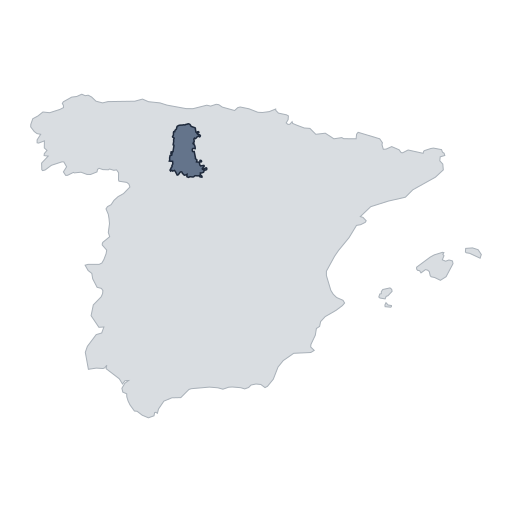 Palencia highlighted on a map of Spain
{"feature_id": "ESP-5839", "entity_name": "Palencia", "entity_type": "Autonomous Community", "adm_level": 1, "iso_a3": "ESP", "parent_name": "Spain", "parent_adm1": "", "projection": "natural_earth1", "projection_center": [-4.405, 42.407], "detail": "fine", "context": "in_parent", "style": "filled", "palette": "slate", "viewbox_px": 512, "rotation_deg": 0, "n_neighbors": 0, "source": "natural_earth", "source_scale": "10m", "svg_char_len": 6404}
<svg xmlns="http://www.w3.org/2000/svg" viewBox="0 0 512 512"><path d="M275.7,109.0L275.8,110.4L278.4,113.1L286.4,114.8L288.4,115.9L288.1,119.7L286.2,122.9L287.9,124.4L289.8,124.3L292.1,121.7L292.6,123.4L296.3,125.0L304.3,128.0L309.9,128.4L315.8,134.3L325.3,133.2L333.9,138.8L341.8,137.6L343.7,138.7L356.1,138.8L356.6,134.2L358.1,132.3L379.7,138.8L382.4,142.7L382.0,144.7L383.3,149.3L386.1,149.1L391.7,146.6L399.1,149.8L401.1,152.6L402.6,152.8L408.1,150.0L423.1,153.3L423.7,151.2L424.7,150.5L430.9,148.5L433.5,148.1L441.5,149.6L442.5,152.2L444.1,153.2L444.8,155.5L440.2,156.8L439.8,160.8L442.8,164.1L443.3,169.9L435.4,177.2L412.8,189.8L405.4,197.2L388.3,201.1L370.7,206.7L360.3,216.6L363.0,217.4L366.2,220.8L365.2,222.4L360.6,224.7L356.5,225.4L349.0,237.7L338.5,250.5L334.6,256.2L326.4,271.2L326.4,275.5L330.8,290.3L333.2,294.2L336.6,297.5L343.0,300.3L344.6,303.0L342.4,305.6L336.1,310.3L325.2,316.6L320.6,321.6L319.6,326.4L316.4,328.5L315.3,335.2L310.9,344.5L310.7,347.0L314.2,350.4L310.8,352.5L293.7,353.3L283.2,360.6L278.0,367.1L273.3,379.2L267.5,386.3L265.0,387.6L260.9,384.5L256.0,384.0L251.1,385.0L248.6,387.5L244.7,388.9L240.8,387.7L232.4,387.0L228.7,387.2L222.9,389.2L217.9,387.8L209.4,387.1L191.2,388.7L188.9,389.5L180.8,397.6L171.9,397.8L163.9,401.1L158.5,409.0L157.4,413.3L155.9,412.3L154.6,412.6L154.0,415.8L148.4,417.8L142.2,415.2L137.1,411.3L134.4,411.0L130.0,404.9L128.1,401.0L126.8,396.8L126.7,393.8L122.8,392.1L121.9,388.3L124.8,383.3L128.6,380.5L125.0,380.7L122.5,384.0L119.3,378.8L106.1,368.7L106.8,365.2L104.6,367.9L103.0,368.5L96.3,368.1L88.4,369.3L85.3,352.3L87.4,346.3L96.2,334.6L101.7,333.0L103.9,327.0L98.9,327.3L91.1,315.7L93.3,304.9L101.2,296.8L102.6,293.6L102.9,290.6L101.4,288.4L97.1,287.3L92.7,278.8L91.8,273.4L88.1,270.5L85.1,265.2L87.9,264.4L99.1,264.4L101.9,263.0L103.9,259.5L106.1,253.7L106.7,250.1L102.3,245.1L102.2,244.0L102.8,242.3L109.7,236.7L108.3,232.5L109.5,223.7L109.0,218.5L108.3,214.3L106.0,208.9L107.5,206.6L111.1,204.7L114.0,200.3L118.1,196.6L123.5,193.6L129.9,187.0L128.9,184.1L126.8,182.4L119.0,181.2L118.5,179.9L118.6,172.8L116.6,169.9L113.8,170.3L109.5,169.0L108.4,169.8L102.9,169.6L99.1,168.3L97.5,169.4L97.0,171.9L90.5,174.5L86.9,174.4L81.0,172.2L74.2,172.9L73.4,172.4L67.6,175.3L65.7,175.4L63.4,171.9L66.6,166.8L63.9,162.0L62.1,161.8L51.4,165.3L45.1,170.0L42.6,170.6L41.8,169.7L41.6,163.1L48.2,156.1L44.1,155.6L44.3,153.6L47.0,150.4L44.3,147.9L44.4,140.9L38.6,143.1L37.1,142.8L37.1,139.9L40.7,134.3L37.0,133.6L34.2,131.5L30.7,126.9L30.8,124.4L32.8,118.7L37.9,116.0L42.9,112.0L49.7,112.7L60.0,109.4L63.5,107.6L63.4,105.3L62.3,103.5L63.3,101.8L71.7,97.1L76.7,96.5L81.8,94.2L85.2,95.7L88.2,95.2L91.6,97.0L96.0,101.2L102.6,102.9L107.9,101.6L134.8,101.2L142.5,99.1L148.5,101.7L160.0,102.9L166.9,105.1L186.0,108.6L192.9,108.7L206.8,105.2L210.6,106.1L216.2,104.3L218.8,104.7L222.3,107.1L234.6,110.5L237.8,107.6L240.2,107.0L249.0,108.8L257.9,112.3L262.5,112.5L269.3,111.6L275.7,109.0ZM442.3,259.8L445.6,261.2L448.9,260.0L450.7,260.4L452.5,261.0L453.0,263.7L446.1,276.7L440.4,280.3L434.6,277.5L431.2,276.8L430.2,275.7L429.3,271.6L427.7,270.2L425.5,269.6L421.0,272.9L419.6,270.7L417.5,270.3L416.6,269.0L416.6,267.2L430.2,257.1L434.2,254.9L442.6,252.3L443.9,252.7L442.8,254.2L444.0,255.7L442.3,259.8ZM481.3,254.5L480.1,258.2L469.6,253.3L466.3,252.8L465.4,252.0L465.7,248.4L472.5,247.9L478.1,249.7L481.3,254.5ZM386.2,296.3L385.1,298.9L379.9,298.0L378.8,297.0L379.8,294.0L381.3,293.7L381.3,291.6L382.8,289.5L390.0,287.9L391.7,289.3L392.1,291.3L387.9,295.8L386.2,296.3ZM391.4,306.7L390.7,307.2L385.1,306.7L384.9,305.0L386.0,302.7L388.1,305.0L391.4,305.5L391.4,306.7Z" fill="#d9dde1" stroke="#a8b0b8" stroke-width="1"/><path d="M200.4,135.8L200.1,136.5L199.8,136.8L199.6,136.9L199.4,136.8L198.9,136.4L198.4,136.2L198.0,136.4L197.1,136.9L196.0,138.2L195.2,138.7L194.7,138.5L194.5,138.3L194.4,138.2L193.9,139.0L193.8,139.4L194.1,140.3L194.2,141.8L193.5,142.3L193.9,143.5L193.2,143.8L193.4,144.0L193.4,143.9L194.1,144.6L194.6,145.2L195.1,147.0L195.2,148.6L193.3,148.4L192.8,148.5L192.5,148.8L192.3,149.3L192.3,150.6L192.5,151.3L192.8,151.6L194.2,151.5L195.5,158.0L195.4,158.6L197.0,160.0L196.5,161.9L199.3,162.2L199.8,165.0L200.5,165.7L200.6,165.9L203.7,165.4L204.0,165.5L204.2,165.9L204.2,166.2L202.3,168.5L202.5,169.3L203.1,169.3L206.1,167.8L206.5,167.9L206.7,168.2L206.8,168.6L206.8,169.1L206.6,169.6L206.1,169.9L204.1,170.4L203.9,170.6L203.9,171.5L203.8,171.8L203.6,172.1L203.4,172.3L201.5,173.0L200.4,172.9L200.3,174.6L202.0,176.3L201.9,177.2L200.0,176.9L199.2,175.6L198.3,175.9L195.3,175.7L194.8,175.8L193.7,176.8L193.0,177.0L190.1,176.7L189.6,176.8L188.9,177.3L188.6,177.4L188.0,177.2L186.9,176.7L187.0,174.3L186.0,174.9L184.3,175.2L182.3,173.2L182.1,172.3L181.9,172.1L181.4,171.8L181.2,171.8L180.9,171.8L180.3,172.1L179.8,172.6L179.1,173.7L178.2,174.8L177.2,175.1L175.5,171.8L174.5,170.4L172.6,171.1L171.8,170.3L170.6,171.1L170.0,170.1L171.1,168.1L171.3,167.4L171.6,167.1L171.8,166.9L172.0,166.8L172.1,166.4L171.9,165.6L172.0,165.3L172.6,164.5L172.7,164.1L172.8,163.7L172.6,161.3L169.3,161.1L169.7,159.8L169.6,157.9L170.1,155.5L171.7,155.2L172.1,153.1L170.9,153.5L171.1,151.9L173.1,151.6L173.1,150.8L173.9,146.0L173.9,145.2L173.1,144.8L173.7,141.6L173.6,139.7L173.8,139.0L174.1,138.5L174.2,138.2L174.0,137.9L172.9,137.3L172.6,137.0L172.5,136.7L172.6,136.4L173.2,135.5L173.4,135.1L173.5,132.2L173.7,131.7L173.9,131.6L174.7,131.7L175.0,130.4L175.3,130.0L176.1,129.4L176.4,129.0L176.9,126.9L177.2,126.3L178.2,125.7L179.3,125.2L180.0,125.3L180.5,125.1L182.2,125.1L183.4,124.8L184.6,124.9L185.0,124.9L186.1,124.3L186.6,124.3L187.0,124.3L187.4,124.1L188.0,123.8L188.5,123.8L188.9,123.9L189.7,124.3L190.0,124.5L190.7,125.5L190.8,125.9L191.0,126.2L191.5,126.5L194.8,127.7L195.3,128.0L195.4,128.3L195.4,128.6L195.4,128.8L195.4,129.4L195.6,130.0L195.6,130.3L195.7,130.6L195.7,130.9L195.8,131.2L195.8,131.5L195.8,131.8L195.9,132.1L196.1,132.3L196.4,132.4L196.6,132.5L196.7,132.4L197.2,132.0L197.5,131.8L198.3,131.6L198.6,131.8L198.8,132.0L198.9,132.3L198.8,132.6L198.6,132.8L198.3,132.9L198.0,132.9L197.4,133.1L197.1,133.2L197.0,133.5L197.4,134.0L198.0,134.5L198.4,134.6L199.3,134.7L199.6,134.8L199.9,135.0L200.1,135.2L200.4,135.8ZM200.5,160.3L200.9,160.4L201.3,160.6L201.5,161.0L201.6,161.5L201.4,161.8L200.8,162.0L200.2,161.8L200.1,161.6L199.9,161.1L199.9,160.9L199.9,160.7L200.1,160.5L200.2,160.3L200.5,160.3Z" fill="#64748b" stroke="#1e293b" stroke-width="1.5"/></svg>